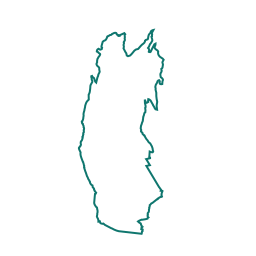 Chiautzingo, Puebla, Mexico (Mercator projection), rotated 108°
{"feature_id": "50627088B78995429412186", "entity_name": "Chiautzingo", "entity_type": "district", "adm_level": 2, "iso_a3": "MEX", "parent_name": "Mexico", "parent_adm1": "Puebla", "projection": "mercator", "projection_center": [-98.514, 19.199], "detail": "fine", "context": "isolated", "style": "outline", "palette": "teal", "viewbox_px": 256, "rotation_deg": 108, "n_neighbors": 0, "source": "geoboundaries", "source_scale": "gbopen_adm2", "svg_char_len": 5788}
<svg xmlns="http://www.w3.org/2000/svg" viewBox="0 0 256 256"><g transform="rotate(108 128 128)"><path d="M224.4,82.4L223.7,82.4L222.0,82.7L221.4,82.3L221.1,82.6L220.1,82.6L219.9,82.8L220.1,84.1L218.3,84.4L218.2,84.0L217.8,83.8L217.8,84.5L216.8,84.7L216.0,85.7L214.9,86.3L214.4,88.4L213.8,89.6L212.7,88.7L211.0,86.8L210.9,86.2L209.3,83.1L208.4,81.7L208.1,81.4L207.6,81.5L207.2,81.5L206.7,81.0L206.2,81.8L205.8,82.1L205.4,82.3L204.8,82.2L204.3,82.5L204.0,82.4L203.4,82.8L202.8,82.9L201.6,82.4L200.9,82.4L199.8,82.6L199.1,82.9L197.9,82.9L197.0,83.3L196.7,83.1L195.6,83.2L194.6,83.5L194.1,83.1L192.5,82.5L191.7,81.6L186.2,78.0L186.4,77.8L186.0,77.5L185.6,77.4L184.6,76.8L183.2,75.4L183.1,74.7L182.7,74.5L181.4,75.5L180.8,75.5L180.3,75.7L179.5,75.8L177.4,75.7L177.2,75.8L177.6,77.5L176.5,77.5L175.7,78.7L174.8,79.8L174.7,80.1L158.4,98.8L156.6,95.7L152.6,100.3L152.0,101.1L149.9,97.7L149.3,97.9L149.0,98.4L149.1,98.6L148.9,98.9L148.5,98.9L143.7,100.1L143.8,99.0L143.7,97.8L143.6,97.3L143.4,97.0L143.1,96.9L142.5,96.8L142.3,96.9L141.5,97.5L139.7,98.4L138.9,99.0L138.1,99.6L135.8,102.1L135.2,103.8L134.7,104.5L133.8,105.5L132.9,107.0L131.8,108.3L131.5,108.7L130.3,109.7L129.9,110.2L130.1,110.6L129.4,111.6L129.2,112.2L128.7,112.6L128.1,112.8L127.8,113.4L127.6,114.0L127.2,114.6L126.7,114.8L126.3,114.7L125.8,114.8L124.5,115.8L121.9,116.3L119.8,116.2L119.1,116.3L116.5,116.1L115.8,116.4L115.1,116.4L113.4,116.8L112.8,116.8L112.2,117.0L111.5,116.8L109.1,117.0L108.3,116.9L107.8,116.4L105.6,116.9L104.9,117.3L104.3,117.5L103.6,117.9L102.9,117.7L101.8,118.0L100.3,118.8L99.3,119.5L95.8,120.8L98.3,118.8L98.3,118.0L97.0,116.8L95.9,117.3L94.3,117.6L94.3,116.6L94.7,115.5L94.9,115.0L96.6,113.2L98.3,111.3L98.6,111.2L99.8,109.7L100.8,108.8L101.7,107.6L101.6,106.0L98.6,107.4L97.4,107.8L94.1,108.3L91.6,109.7L89.0,110.9L85.7,112.0L83.1,113.6L81.6,114.0L80.6,114.7L79.7,114.8L78.3,114.9L75.7,114.3L74.5,114.4L73.5,113.9L72.9,113.2L73.4,112.5L74.2,112.0L75.1,112.0L75.9,111.5L76.2,111.1L76.2,110.6L76.0,109.7L75.6,109.0L73.2,109.6L71.4,109.6L70.8,110.0L69.9,111.4L69.6,112.5L68.4,113.2L67.3,113.7L66.4,113.9L65.4,113.8L64.5,113.6L63.2,113.6L62.6,114.1L61.5,114.6L60.6,114.0L59.8,113.9L57.9,114.2L57.0,114.3L55.8,115.0L55.1,115.5L54.5,115.6L52.1,115.2L51.3,116.5L50.5,119.3L50.2,120.0L49.4,121.2L48.5,122.0L47.4,122.6L46.0,122.9L45.2,123.8L44.5,126.1L44.1,126.7L43.2,127.7L42.3,127.8L41.5,127.6L40.7,127.6L39.9,127.7L39.3,127.9L40.3,128.8L45.3,129.6L48.5,130.0L49.0,130.4L49.2,131.6L49.1,131.8L47.5,131.9L46.4,132.5L45.7,133.7L44.2,133.2L41.4,133.0L40.9,132.7L40.0,132.4L37.6,131.9L37.0,132.0L36.0,132.5L34.0,133.9L33.4,133.5L32.4,133.9L31.3,134.0L30.5,134.8L28.7,134.4L26.9,134.1L27.2,134.6L27.7,135.2L29.0,136.1L30.7,136.1L31.9,136.7L32.9,137.0L34.2,137.0L36.9,136.6L37.6,136.7L38.7,138.2L39.7,138.8L40.3,138.6L41.0,138.7L41.8,138.8L43.1,139.5L44.2,140.3L45.7,141.1L49.7,142.8L50.2,143.6L50.8,144.6L52.4,145.8L56.0,147.2L58.3,148.3L59.0,149.2L59.7,150.2L59.4,151.6L57.5,152.7L56.4,154.1L53.6,156.9L52.8,156.9L51.5,157.2L50.5,157.9L48.5,158.0L47.7,158.6L45.7,158.1L44.6,158.4L43.8,158.9L42.7,159.0L40.9,159.8L40.5,159.9L39.7,159.6L38.9,160.8L42.1,164.3L42.9,164.3L43.4,165.6L43.3,165.8L42.6,165.9L42.7,166.6L42.6,167.3L42.4,167.7L41.7,168.0L41.3,168.7L41.4,169.7L42.2,170.9L43.0,171.6L43.4,172.2L43.9,172.3L44.7,172.9L45.2,173.9L46.8,175.2L47.0,175.7L47.5,176.0L48.7,175.9L49.4,176.1L50.6,176.2L51.6,176.8L52.7,178.0L53.8,178.7L58.3,178.5L59.1,178.3L59.2,178.0L59.5,177.5L60.0,177.5L60.3,177.6L60.8,177.3L61.5,177.8L62.1,178.7L61.8,180.4L62.1,180.5L62.4,181.1L63.1,181.4L63.9,181.5L64.9,181.3L65.0,180.9L65.1,179.9L65.6,179.2L65.9,178.3L66.1,177.6L66.4,177.3L66.8,177.2L67.7,177.3L68.8,177.6L69.7,178.0L71.1,178.2L71.7,178.4L74.0,178.1L74.8,177.7L76.8,177.8L77.2,177.6L77.9,177.0L78.5,176.2L79.1,174.7L79.8,173.9L81.3,173.4L83.3,172.3L84.5,172.4L85.4,172.6L86.9,172.7L87.1,172.6L87.7,172.5L89.3,172.7L94.6,172.3L94.0,173.5L91.1,175.7L90.2,177.8L89.6,178.3L90.1,178.9L91.0,178.6L91.9,177.9L93.3,177.4L94.4,176.4L95.4,176.2L98.3,176.8L99.5,176.8L102.3,176.1L105.6,175.5L107.1,175.5L108.5,175.7L113.1,174.1L115.1,175.1L116.5,175.5L117.7,175.6L120.0,175.6L121.5,175.3L123.9,175.1L124.9,174.9L126.2,174.9L127.5,174.8L128.6,174.6L130.0,174.0L131.5,173.8L132.8,173.5L134.2,173.4L135.1,173.6L135.3,173.5L135.7,173.7L136.1,173.7L136.2,173.9L136.4,173.9L137.0,173.4L137.4,173.3L137.5,173.0L137.9,172.8L138.1,172.1L138.4,172.0L138.5,172.1L139.9,170.8L141.0,170.5L141.2,170.1L141.8,169.8L142.1,169.6L143.2,169.4L143.6,169.5L144.1,169.2L144.5,169.2L145.4,168.7L146.1,168.8L146.4,169.0L147.1,168.9L147.7,168.5L148.7,168.6L149.3,168.3L150.3,168.6L150.7,168.3L150.9,168.5L152.0,168.0L152.5,168.1L153.0,168.0L154.2,168.1L155.3,168.6L155.6,168.5L156.0,168.6L157.1,168.3L158.4,167.6L159.5,167.6L159.7,167.8L160.5,167.9L160.7,168.1L161.8,168.5L162.0,168.3L162.5,168.4L162.9,168.2L163.8,167.5L165.8,165.6L167.4,165.2L169.0,164.4L171.1,162.9L174.1,160.5L174.2,160.2L174.5,160.1L175.2,159.5L177.2,158.3L177.4,158.0L178.8,157.7L179.0,157.3L179.5,157.3L182.4,155.2L183.6,154.2L186.5,152.1L187.4,151.1L189.0,149.8L189.8,148.7L190.4,148.3L190.7,147.7L191.5,147.4L192.3,146.7L192.8,146.1L193.3,145.3L193.5,144.6L193.6,144.0L195.3,143.2L195.7,142.3L196.1,141.7L196.5,141.4L197.0,141.3L197.5,140.7L197.8,140.6L198.0,140.2L198.3,140.1L199.4,138.3L200.6,138.5L200.9,139.0L203.3,138.5L209.8,137.0L211.1,136.1L212.8,134.1L213.0,133.5L213.2,133.0L213.8,132.6L214.8,132.2L215.3,131.8L216.3,131.3L217.6,130.9L219.0,130.8L219.7,130.5L220.8,130.4L221.9,130.2L223.0,129.2L223.5,128.6L224.9,127.6L225.6,127.5L226.2,127.2L225.4,126.3L225.4,125.9L226.1,125.6L226.8,125.1L227.1,124.2L227.0,122.7L226.5,121.9L227.3,120.0L228.5,112.9L228.5,112.1L228.9,109.9L229.1,107.2L229.0,104.9L224.4,82.4Z" fill="none" stroke="#0f766e" stroke-width="2"/></g></svg>